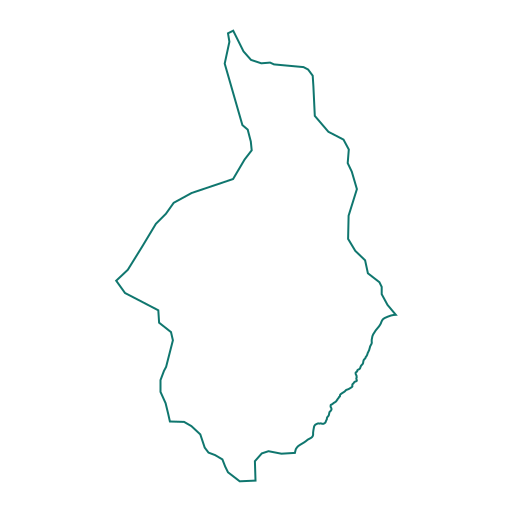 the district of Damara, Ombella-M'Poko, Central African Republic
{"feature_id": "33826404B9315728863093", "entity_name": "Damara", "entity_type": "district", "adm_level": 2, "iso_a3": "CAF", "parent_name": "Central African Republic", "parent_adm1": "Ombella-M'Poko", "projection": "robinson", "projection_center": [18.896, 5.112], "detail": "fine", "context": "isolated", "style": "outline", "palette": "teal", "viewbox_px": 512, "rotation_deg": 0, "n_neighbors": 0, "source": "geoboundaries", "source_scale": "gbopen_adm2", "svg_char_len": 3053}
<svg xmlns="http://www.w3.org/2000/svg" viewBox="0 0 512 512"><path d="M303.5,67.1L274.0,64.4L270.1,62.6L261.3,63.3L251.0,59.9L243.5,51.4L233.2,30.7L228.0,33.3L229.4,41.8L224.7,63.6L242.4,125.1L247.7,129.6L250.8,141.5L251.7,150.3L244.6,159.5L233.1,179.0L191.6,193.0L173.7,202.8L165.9,213.8L155.9,223.8L142.0,246.9L127.8,269.8L116.2,280.7L125.0,293.0L158.3,310.3L159.1,322.7L171.0,332.1L172.9,340.3L166.1,366.9L164.0,370.8L160.5,380.1L160.5,391.9L165.6,403.2L168.1,413.5L169.9,421.5L184.1,421.9L191.4,426.1L200.3,434.4L204.7,447.6L208.5,452.6L215.1,455.1L222.4,459.4L225.2,466.6L228.0,472.3L239.7,481.3L255.5,480.6L254.9,461.2L261.8,453.4L268.5,451.2L281.4,453.7L294.9,452.9L295.4,450.8L295.8,449.2L296.9,447.5L298.2,446.1L300.1,444.8L303.8,442.6L305.7,441.3L307.8,439.6L309.9,438.5L311.3,437.7L312.2,436.9L312.8,435.9L313.1,434.8L313.1,432.7L313.4,430.3L314.1,426.5L314.5,425.7L315.3,424.7L316.4,424.1L317.3,423.7L318.1,423.4L318.4,423.4L318.9,423.5L319.4,423.6L319.7,423.6L320.0,423.5L320.2,423.4L320.6,423.4L321.0,423.4L321.8,423.7L322.5,423.8L323.3,423.8L323.7,423.7L324.7,423.1L325.4,422.5L325.7,421.8L326.1,420.7L326.6,419.7L326.9,419.1L326.9,418.7L326.9,418.2L327.0,417.8L327.5,416.9L328.3,416.1L328.8,415.2L329.1,413.9L329.3,412.9L329.5,412.1L329.9,411.6L330.6,411.0L331.1,410.2L331.4,409.7L331.5,409.2L331.4,408.4L331.0,407.5L330.6,406.8L330.6,405.7L330.8,404.9L331.5,404.5L332.2,404.2L333.2,403.4L333.7,402.9L334.4,402.6L335.0,402.2L335.7,401.7L336.2,401.3L336.5,400.8L336.8,400.3L337.0,400.0L337.3,399.8L337.5,399.3L337.8,398.8L338.1,398.5L338.5,398.1L338.7,397.7L338.9,397.2L339.2,396.9L339.6,396.7L339.9,396.4L339.9,396.0L340.0,395.3L340.2,394.7L340.9,394.0L341.9,393.3L344.4,391.7L345.1,391.1L345.7,390.4L346.3,389.9L347.8,389.4L348.7,389.0L349.3,388.7L351.5,387.3L352.2,386.7L352.4,386.2L352.3,385.6L352.3,385.1L352.4,384.4L352.8,383.9L353.4,383.5L353.8,382.8L354.1,382.4L354.6,381.9L354.9,381.7L356.1,381.3L356.4,381.1L356.7,380.9L356.8,380.6L356.8,380.2L356.5,379.4L356.3,378.4L356.5,377.8L356.6,377.6L356.7,377.2L356.6,376.6L356.5,375.6L356.0,374.7L355.7,374.0L355.6,373.3L355.6,372.8L355.9,372.3L356.6,371.9L357.2,371.3L357.2,370.9L357.3,370.4L357.8,369.9L358.4,369.5L359.2,369.2L359.7,368.8L360.1,368.2L360.5,367.0L360.9,366.0L361.5,365.2L362.2,364.5L362.7,363.9L363.0,363.3L363.2,362.3L363.4,361.1L363.7,360.1L364.3,359.3L365.1,358.5L365.5,357.9L365.7,357.1L366.2,356.5L366.8,355.6L367.2,354.7L367.8,352.8L368.2,352.1L368.7,351.0L369.1,350.2L369.8,347.7L370.1,346.5L370.7,345.3L371.2,344.4L371.6,343.6L371.8,342.5L371.7,341.8L371.7,339.8L372.0,338.3L372.4,336.2L373.2,334.3L374.3,332.6L375.7,330.4L379.0,326.4L380.0,324.9L380.8,323.5L381.3,322.1L382.1,320.4L383.0,319.2L383.8,318.6L384.7,318.0L387.7,316.7L391.0,315.5L393.4,315.0L395.8,314.8L387.5,304.9L381.7,294.2L381.7,286.9L379.4,282.2L367.9,273.3L365.1,260.3L355.3,250.9L348.1,238.9L348.6,215.7L356.9,189.1L351.8,171.7L347.7,163.1L348.8,149.5L343.5,139.6L328.4,131.8L314.8,115.9L313.4,86.4L312.7,75.7L308.1,69.5L303.5,67.1Z" fill="none" stroke="#0f766e" stroke-width="2"/></svg>